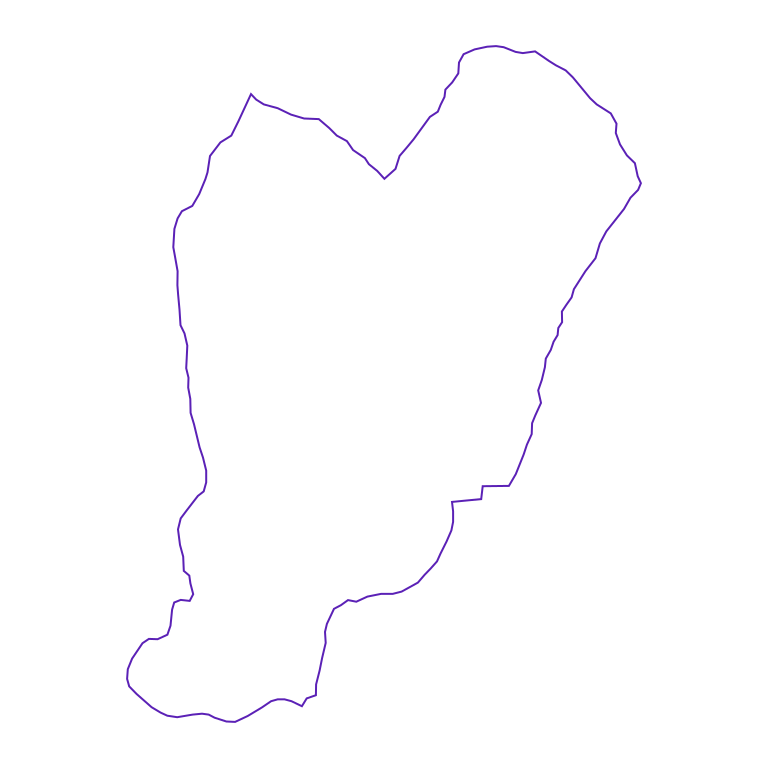 Amaporã, Paraná, Brazil (Albers equal-area conic projection)
{"feature_id": "56859067B75589258948916", "entity_name": "Amaporã", "entity_type": "district", "adm_level": 2, "iso_a3": "BRA", "parent_name": "Brazil", "parent_adm1": "Paraná", "projection": "albers", "projection_center": [-52.839, -23.139], "detail": "fine", "context": "isolated", "style": "outline", "palette": "violet", "viewbox_px": 768, "rotation_deg": 0, "n_neighbors": 0, "source": "geoboundaries", "source_scale": "gbopen_adm2", "svg_char_len": 2279}
<svg xmlns="http://www.w3.org/2000/svg" viewBox="0 0 768 768"><path d="M640.9,183.2L637.7,176.2L634.9,163.2L626.9,155.4L620.0,144.4L615.8,133.0L616.5,123.7L610.8,113.4L596.7,104.4L590.1,98.2L572.9,77.4L565.7,70.4L555.9,65.3L548.9,60.9L535.1,51.4L522.8,53.1L515.6,51.9L503.7,47.2L496.1,46.1L487.2,46.7L474.6,49.4L463.6,54.2L459.0,62.5L458.3,73.4L452.2,82.4L445.4,89.6L444.5,96.9L440.6,104.8L437.8,111.7L429.9,116.9L413.6,139.3L406.3,148.1L399.6,155.9L395.5,168.9L384.4,178.8L377.2,170.9L368.9,164.2L364.9,158.1L353.1,150.1L346.9,141.1L336.8,135.6L329.3,128.1L318.8,119.1L304.1,118.5L291.0,114.6L277.7,108.2L263.8,104.4L256.2,99.6L251.0,94.1L238.4,121.3L231.3,135.6L220.4,142.4L210.0,156.0L207.5,172.4L205.4,179.1L199.2,194.1L192.3,205.9L181.9,211.2L177.6,218.4L174.4,228.9L173.3,247.2L175.1,257.1L177.6,271.2L177.4,285.2L178.1,294.4L179.5,309.6L180.5,325.2L184.5,333.4L187.3,345.6L186.7,358.5L186.2,368.2L188.5,377.7L188.2,387.6L190.3,398.9L190.6,412.9L194.0,424.2L199.6,447.4L203.0,457.6L206.2,470.6L206.2,482.4L203.7,491.4L197.9,495.9L192.1,503.4L186.7,510.4L180.7,518.4L178.0,529.4L180.0,544.9L183.2,556.7L183.8,570.9L189.3,575.6L190.4,583.4L193.2,594.2L189.7,600.9L180.7,599.9L174.2,602.5L172.1,609.6L170.5,625.7L167.4,634.7L157.6,639.2L148.9,638.9L142.5,643.2L132.1,658.6L127.8,669.2L127.1,678.9L129.2,686.4L136.5,693.9L151.6,707.2L160.6,712.6L167.3,715.7L177.2,717.2L192.6,714.6L202.0,713.7L208.7,714.6L214.6,717.7L226.4,721.5L235.1,721.9L247.7,716.0L262.0,707.4L271.1,701.2L277.8,699.3L284.4,699.3L291.5,701.2L301.9,706.2L306.7,698.4L315.9,695.2L316.1,684.4L319.6,670.6L322.1,658.1L325.7,642.9L325.0,631.9L326.9,623.9L334.0,608.8L340.9,605.2L348.0,600.1L356.3,601.7L367.4,596.6L380.9,593.9L392.6,593.9L401.6,591.6L409.6,587.2L417.9,582.6L424.7,574.7L430.5,568.7L437.0,561.4L440.5,553.6L446.6,541.4L451.4,530.4L453.1,521.9L453.1,511.3L452.0,501.9L481.2,499.1L482.7,486.2L508.9,485.9L515.8,474.1L523.7,454.4L526.9,444.7L531.7,434.1L532.1,423.2L535.3,415.4L541.0,402.9L538.2,390.4L541.8,380.0L544.9,367.2L545.8,358.6L550.8,349.9L553.6,341.7L557.6,335.1L558.3,328.0L562.1,322.2L561.9,311.5L566.3,304.9L571.6,297.4L573.9,289.2L585.4,271.2L595.5,258.2L599.9,243.4L606.3,231.4L624.0,209.0L630.5,197.7L638.1,189.9L640.9,183.2Z" fill="none" stroke="#5b21b6" stroke-width="2"/></svg>